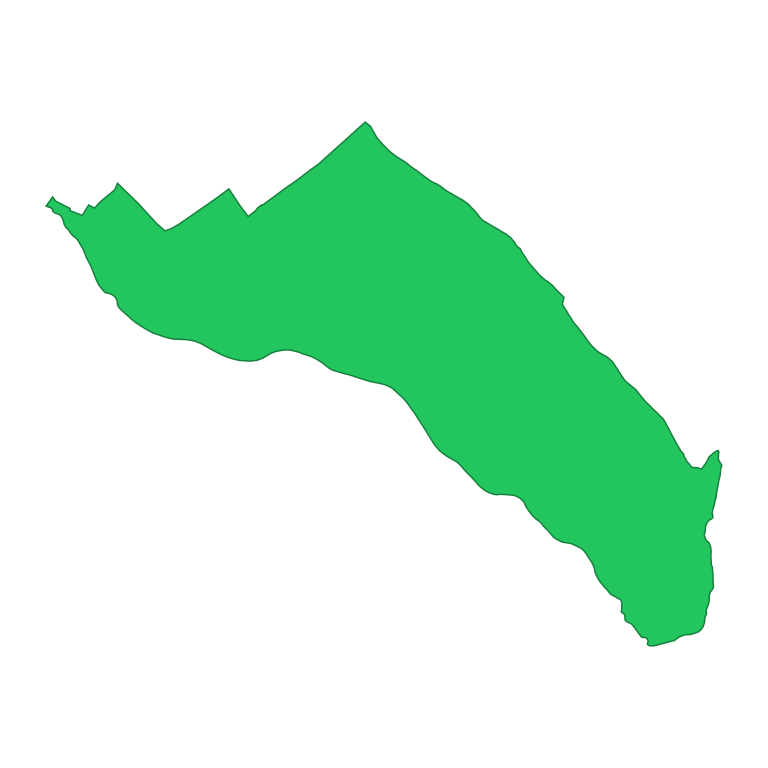 the district of San Miguel, Corrientes, Argentina, rotated 90°
{"feature_id": "61730980B60061782271910", "entity_name": "San Miguel", "entity_type": "district", "adm_level": 2, "iso_a3": "ARG", "parent_name": "Argentina", "parent_adm1": "Corrientes", "projection": "mercator", "projection_center": [-57.327, -27.944], "detail": "fine", "context": "isolated", "style": "filled", "palette": "green", "viewbox_px": 768, "rotation_deg": 90, "n_neighbors": 0, "source": "geoboundaries", "source_scale": "gbopen_adm2", "svg_char_len": 6056}
<svg xmlns="http://www.w3.org/2000/svg" viewBox="0 0 768 768"><g transform="rotate(90 384 384)"><path d="M640.4,93.5L639.0,91.7L637.1,88.9L635.7,85.8L634.7,82.5L634.6,78.3L633.8,74.8L632.7,71.8L632.3,70.7L632.0,69.8L629.5,66.8L626.6,64.9L623.0,63.6L620.0,63.3L617.6,63.1L615.9,62.3L613.4,61.4L612.0,61.8L610.1,61.8L607.5,60.8L603.1,59.2L599.5,58.7L596.2,58.8L593.4,58.2L591.7,57.4L589.8,55.8L588.9,55.4L587.5,54.6L585.7,54.6L580.5,55.0L572.6,55.1L571.1,55.4L567.2,55.6L565.1,56.6L556.6,57.1L556.2,57.1L550.9,56.9L546.5,57.5L543.9,58.5L542.4,59.4L540.7,61.4L539.7,62.1L535.6,63.6L534.8,63.7L533.0,63.3L531.1,62.7L528.5,62.6L526.3,62.5L524.8,61.8L522.6,60.8L520.7,59.3L519.6,58.0L518.8,56.2L517.8,55.2L516.6,55.1L515.5,55.3L514.0,55.8L511.8,55.6L509.8,55.4L506.8,54.3L498.9,52.4L496.1,51.7L493.5,51.5L480.2,49.1L475.9,48.0L471.8,47.5L468.9,47.4L465.6,46.2L465.4,46.1L459.7,49.6L454.2,49.5L452.5,49.1L450.6,49.6L450.9,51.2L452.2,53.4L453.8,55.3L456.7,58.8L459.8,60.2L461.8,61.4L463.1,62.1L464.9,63.4L467.3,65.2L469.1,66.2L468.5,68.4L467.8,70.5L467.7,71.9L467.6,73.2L467.7,74.0L467.5,75.0L467.1,75.8L467.0,76.7L466.4,77.2L465.3,77.6L463.1,79.6L461.7,81.0L459.6,82.0L456.3,84.0L454.0,84.4L451.0,87.1L444.1,91.2L436.3,95.4L419.7,104.2L412.6,111.3L409.7,114.3L400.7,123.3L389.7,132.2L384.4,138.6L380.7,143.0L375.3,146.7L373.1,148.2L368.8,150.7L366.2,152.7L363.4,154.2L361.6,155.8L358.1,159.5L355.5,163.5L354.3,166.0L352.5,168.8L350.8,171.2L347.2,174.8L345.0,177.1L341.3,179.9L334.4,184.8L327.1,190.4L322.3,194.6L318.3,196.9L315.4,198.9L311.0,201.5L304.3,205.7L297.5,204.0L296.2,205.2L294.0,207.4L291.3,210.2L288.9,212.5L286.3,214.7L284.1,217.2L281.9,219.9L280.2,222.6L278.1,225.1L274.9,228.7L273.8,229.6L270.9,232.1L268.4,234.3L266.3,236.1L264.0,238.2L260.6,240.7L257.1,242.7L253.5,245.4L248.4,248.1L247.1,250.3L244.9,251.9L242.0,253.7L239.8,255.6L238.0,257.0L236.5,258.8L234.3,261.6L232.5,264.8L230.4,268.3L228.7,271.0L226.8,274.4L225.5,276.6L224.0,279.1L223.2,280.5L222.4,281.8L220.6,285.0L218.5,287.2L216.2,289.0L213.2,291.4L210.0,294.0L207.4,296.8L204.3,299.6L201.6,303.2L199.5,306.3L197.3,310.4L194.6,315.0L190.7,321.7L186.1,327.8L184.2,330.7L183.0,333.6L181.3,336.8L179.3,339.7L177.1,342.8L174.4,346.4L171.7,349.7L169.2,353.4L166.2,357.7L164.0,360.2L160.9,364.6L158.8,368.0L156.5,371.7L154.2,374.8L150.8,378.9L149.4,380.3L147.9,381.8L143.9,385.7L141.3,388.2L139.9,389.3L138.7,390.2L137.3,391.3L134.1,393.1L130.4,395.3L126.4,397.4L122.1,402.8L124.7,405.6L129.5,411.1L137.1,419.4L146.9,430.4L149.3,433.1L152.0,436.0L158.6,443.4L163.8,449.1L169.6,457.2L179.4,470.0L186.5,480.2L190.1,485.2L197.4,494.9L203.1,502.8L205.4,505.8L204.9,506.5L208.0,510.4L210.7,512.4L216.5,519.8L206.2,527.6L194.1,535.7L190.4,538.1L188.9,539.1L193.5,545.3L196.6,549.4L200.0,554.2L205.1,561.4L211.3,570.4L217.1,578.7L224.3,589.2L228.5,596.4L230.9,603.0L223.0,611.9L203.4,629.8L183.3,650.5L189.8,653.2L202.3,668.3L205.9,671.4L208.1,673.6L205.0,679.3L211.4,683.3L215.4,685.8L210.5,698.2L208.5,697.9L201.1,712.4L196.9,715.4L204.4,720.6L206.0,721.9L207.1,719.4L207.8,717.1L209.0,715.9L209.9,715.2L211.1,715.4L212.8,713.5L213.9,710.5L214.4,709.0L216.0,707.1L217.4,706.0L220.7,704.6L224.2,703.9L227.5,702.0L230.2,699.2L232.5,697.9L233.6,697.0L234.9,695.9L236.2,694.6L237.8,692.3L240.2,690.1L244.3,687.8L249.2,684.9L254.3,682.8L258.5,681.2L263.7,678.4L268.0,676.3L271.7,674.9L276.1,673.2L280.3,671.5L282.1,670.6L283.5,669.9L285.3,669.0L286.7,667.9L288.2,666.7L290.0,665.2L292.0,663.5L292.9,661.9L293.3,659.3L293.9,657.6L294.8,655.6L296.1,653.9L297.8,652.3L300.9,650.8L303.5,650.6L305.2,650.3L306.4,649.8L309.0,647.8L312.5,643.9L315.5,640.5L318.7,637.1L321.5,633.7L323.3,631.3L325.7,627.6L328.3,623.5L330.3,620.0L333.0,615.0L335.5,607.5L337.0,603.3L337.7,600.7L338.3,598.2L338.9,595.4L339.1,593.7L339.3,591.7L339.3,587.6L339.5,584.7L339.7,581.8L339.8,580.7L339.9,579.8L340.1,578.2L340.5,575.8L341.5,572.3L343.2,567.8L345.0,564.4L346.4,561.9L347.6,559.8L349.3,557.0L351.6,552.6L352.8,550.4L354.7,546.5L357.2,540.5L358.5,536.2L359.5,532.7L360.4,528.4L360.8,522.9L361.1,517.5L360.3,511.0L358.1,505.2L353.2,497.0L351.6,492.5L350.6,487.9L349.9,482.6L350.1,478.1L351.3,472.3L352.4,468.6L353.7,465.7L355.2,460.7L356.7,456.3L359.1,451.5L362.1,446.8L363.8,444.4L367.5,439.8L369.4,436.9L370.8,433.5L372.1,428.6L373.4,424.5L374.7,419.1L376.0,415.0L378.0,409.0L380.0,402.6L381.7,397.1L383.1,389.6L384.0,385.5L385.8,380.1L387.8,376.5L389.9,373.7L392.9,370.7L396.4,366.7L399.6,363.5L402.2,361.3L404.8,359.4L409.6,356.1L412.0,354.2L419.3,349.5L429.6,342.9L436.3,338.8L444.9,333.4L451.0,328.1L454.1,324.0L456.5,320.7L459.1,316.2L461.9,311.2L465.2,307.6L470.9,302.7L473.4,300.2L478.4,295.4L482.2,291.9L485.5,289.2L488.2,286.1L490.7,282.8L492.6,279.1L494.2,274.5L494.7,271.5L494.3,267.9L494.8,259.0L495.4,254.2L495.9,252.5L496.6,250.8L497.9,248.4L499.2,246.9L502.0,244.2L503.5,243.4L506.5,242.1L509.9,239.9L511.9,238.4L515.3,235.9L517.8,233.2L519.3,231.7L520.7,229.4L523.0,226.9L525.9,224.6L527.7,223.1L529.6,220.9L531.9,218.9L537.2,214.4L537.9,213.4L538.9,212.0L540.7,208.7L542.0,206.0L542.4,204.2L543.1,199.4L543.3,197.8L543.7,196.5L544.9,193.9L545.5,192.5L546.4,190.8L547.3,188.8L548.1,187.3L549.7,185.2L551.2,183.8L552.8,182.5L553.7,181.8L555.9,180.4L556.6,180.0L560.1,177.7L562.7,176.0L565.7,174.6L568.3,173.6L572.4,172.9L576.1,171.3L578.4,170.0L582.4,167.5L584.7,165.4L587.9,162.9L589.8,160.9L591.8,159.4L594.4,157.2L595.6,154.8L596.5,153.1L597.4,151.4L598.2,150.5L599.3,148.2L600.3,147.0L601.9,146.4L603.4,146.2L605.9,146.2L607.2,146.2L609.0,146.3L610.4,146.5L611.7,146.8L612.7,146.0L613.1,145.0L613.8,144.2L615.0,143.1L616.1,143.2L617.3,143.1L618.3,143.0L619.8,143.0L620.8,142.3L621.6,141.2L622.2,140.1L622.7,138.9L623.2,137.9L624.2,136.4L625.0,135.5L626.1,134.7L628.0,133.2L629.9,131.8L631.7,130.5L633.3,129.5L634.6,128.3L635.6,127.5L636.3,127.0L637.3,126.2L637.4,124.8L637.5,123.6L637.6,122.5L638.1,121.4L639.1,120.9L639.9,120.1L641.9,119.9L642.9,120.3L643.6,120.6L644.7,120.3L645.4,119.3L645.8,117.8L645.9,115.7L645.8,113.7L640.4,93.5Z" fill="#22c55e" stroke="#15803d" stroke-width="1.5"/></g></svg>